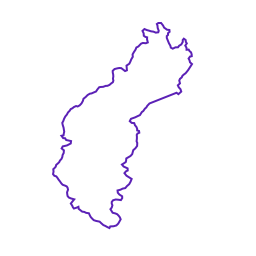 Lorena, São Paulo, Brazil, rotated 68°
{"feature_id": "56859067B19508502675553", "entity_name": "Lorena", "entity_type": "district", "adm_level": 2, "iso_a3": "BRA", "parent_name": "Brazil", "parent_adm1": "São Paulo", "projection": "orthographic", "projection_center": [-45.064, -22.777], "detail": "fine", "context": "isolated", "style": "outline", "palette": "violet", "viewbox_px": 256, "rotation_deg": 68, "n_neighbors": 0, "source": "geoboundaries", "source_scale": "gbopen_adm2", "svg_char_len": 3354}
<svg xmlns="http://www.w3.org/2000/svg" viewBox="0 0 256 256"><g transform="rotate(68 128 128)"><path d="M167.3,144.2L165.3,143.5L163.8,144.9L162.1,146.5L159.6,147.3L159.1,144.5L158.7,142.8L157.4,141.9L155.6,141.0L154.9,136.2L153.8,133.9L152.2,132.7L150.5,131.4L149.6,128.8L148.1,126.3L145.3,125.0L143.5,125.0L141.3,123.8L139.4,123.0L137.7,122.5L136.7,121.3L136.6,119.3L134.9,118.9L133.7,120.4L132.0,119.8L130.2,119.8L128.0,120.5L125.8,120.4L124.6,122.7L122.3,123.8L120.6,121.8L120.8,117.4L120.6,114.4L120.5,112.1L118.4,109.2L118.0,107.5L116.4,105.1L115.8,103.3L114.7,101.9L113.3,98.9L113.5,69.8L115.5,68.6L114.8,66.7L114.2,65.0L111.7,64.8L109.3,65.7L107.1,65.8L106.1,63.1L103.2,62.7L101.9,61.4L101.2,59.2L100.0,58.0L99.4,56.4L98.8,54.1L98.0,52.6L96.8,50.5L92.7,44.7L90.3,45.9L88.3,45.6L86.3,45.8L85.0,43.7L85.3,42.0L83.6,41.4L81.5,41.2L79.8,42.1L78.0,42.4L77.4,44.4L75.5,43.7L73.0,44.0L71.6,41.8L69.8,42.1L68.0,41.6L66.1,42.8L66.9,44.3L68.7,45.0L70.5,47.3L70.9,49.8L71.9,51.4L71.0,53.8L71.2,56.8L69.5,58.2L67.5,57.9L64.8,58.3L61.8,58.3L59.0,58.3L57.3,57.6L56.7,56.0L55.1,55.4L54.4,53.4L52.6,52.9L51.5,55.0L50.0,55.9L48.5,56.9L46.1,57.1L43.0,58.0L42.0,60.6L42.4,62.3L44.1,62.3L46.3,63.0L49.4,63.1L50.6,64.1L50.0,66.5L48.2,68.3L47.0,70.4L45.5,72.2L44.3,73.8L42.4,75.7L43.4,78.2L46.0,78.0L48.4,78.8L50.0,77.8L51.1,76.3L52.8,77.1L56.1,77.6L56.1,79.7L54.7,82.4L54.7,84.3L55.5,86.1L56.3,87.9L56.5,90.1L58.2,91.7L59.9,94.2L61.5,96.2L63.8,96.9L65.6,99.3L67.2,100.8L68.9,102.7L69.6,106.0L71.9,106.7L74.1,107.4L74.1,109.4L72.2,110.5L70.0,111.8L69.1,113.6L68.7,115.5L68.3,118.4L69.3,120.8L71.0,121.4L72.9,121.7L74.7,122.3L76.7,123.5L78.6,123.8L79.9,124.9L80.4,127.0L81.1,129.0L81.2,131.2L80.6,132.9L80.5,135.7L79.8,137.7L79.4,139.4L80.7,141.8L82.2,144.0L82.2,146.3L82.3,148.8L81.9,150.5L82.3,153.1L83.4,155.6L84.2,158.3L86.0,159.7L87.8,161.9L88.9,164.3L89.2,166.6L88.2,167.9L88.3,170.3L88.9,172.2L89.0,174.0L90.2,175.7L91.1,177.8L92.7,179.7L93.8,181.8L95.5,183.8L97.4,185.5L98.6,187.0L100.7,187.4L103.5,187.6L105.6,188.1L107.5,188.5L108.9,189.5L110.6,190.5L110.3,192.6L113.1,191.9L113.9,190.2L116.0,189.8L117.4,187.7L118.8,185.7L120.9,186.9L121.1,189.0L121.3,191.1L121.0,193.1L120.6,195.4L122.1,197.2L124.7,195.8L127.1,197.0L128.6,198.8L130.2,199.7L131.7,201.2L132.7,203.3L133.9,204.6L134.6,206.3L135.3,208.4L136.8,209.5L137.6,211.1L138.2,212.7L140.6,213.4L142.7,214.8L144.7,214.2L146.0,212.6L147.8,212.1L149.9,211.7L151.9,211.1L154.2,210.6L156.1,209.9L158.0,207.8L159.2,206.7L160.7,206.4L162.7,206.7L164.8,208.6L166.5,209.1L168.4,209.5L170.3,208.9L171.9,207.3L174.0,204.6L175.2,206.8L176.6,209.3L179.1,208.8L180.8,208.8L182.4,208.3L182.6,205.6L182.5,203.5L184.5,204.0L186.1,203.1L188.4,201.8L189.4,200.0L191.0,198.6L192.4,196.2L194.9,196.1L196.6,195.9L198.5,195.2L200.6,194.3L202.2,192.4L204.2,189.4L206.2,188.5L208.8,187.2L210.1,185.9L212.2,184.2L213.8,182.7L212.6,181.3L213.7,178.2L214.0,175.3L213.0,172.9L211.6,171.1L209.9,169.0L207.8,169.0L205.9,169.5L203.9,170.3L202.5,171.7L200.8,174.0L196.7,174.7L195.7,172.9L193.8,171.4L192.0,171.4L190.5,170.8L189.4,168.9L189.7,166.1L191.0,163.6L192.2,161.6L190.8,159.6L189.1,159.0L186.5,160.9L184.2,161.7L182.0,161.1L182.4,158.0L182.2,155.7L182.7,153.0L181.5,150.8L180.5,147.9L178.7,145.7L176.6,143.7L173.0,146.3L171.6,147.3L168.5,148.2L167.4,146.1L167.3,144.2Z" fill="none" stroke="#5b21b6" stroke-width="2"/></g></svg>